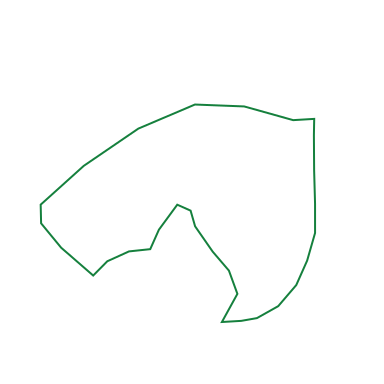 the state/province of South East, rotated 204°
{"feature_id": "SGP-4875", "entity_name": "South East", "entity_type": "state/province", "adm_level": 1, "iso_a3": "SGP", "parent_name": "Singapore", "parent_adm1": "", "projection": "equal_earth", "projection_center": [103.927, 1.348], "detail": "fine", "context": "isolated", "style": "outline", "palette": "green", "viewbox_px": 384, "rotation_deg": 204, "n_neighbors": 0, "source": "natural_earth", "source_scale": "10m", "svg_char_len": 524}
<svg xmlns="http://www.w3.org/2000/svg" viewBox="0 0 384 384"><g transform="rotate(204 192 192)"><path d="M248.3,75.5L288.9,87.9L317.1,102.0L325.1,118.9L301.5,171.9L266.8,228.1L224.9,273.1L179.1,291.4L128.8,298.8L110.1,308.5L103.8,293.6L89.3,261.6L74.8,231.3L62.9,204.6L58.9,176.1L58.9,149.4L66.8,122.8L81.4,103.2L94.6,94.3L111.8,85.4L109.1,117.4L126.3,135.2L148.8,145.9L175.2,161.9L185.7,174.4L200.3,174.4L206.9,144.1L206.9,122.8L225.4,112.1L241.2,94.3L248.3,75.5Z" fill="none" stroke="#15803d" stroke-width="2"/></g></svg>